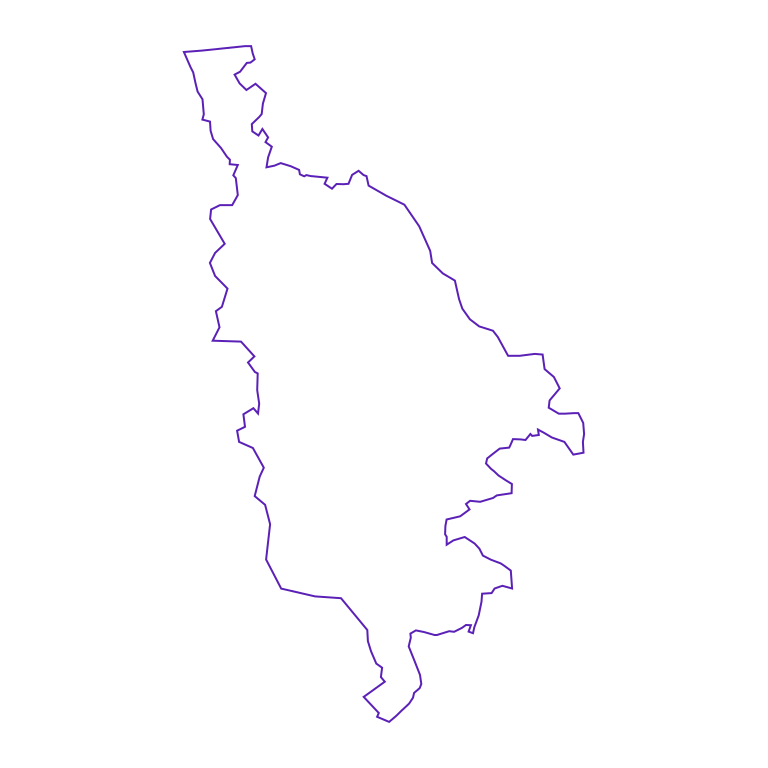 outline of Treis Elies, Limassol, Cyprus
{"feature_id": "46923920B17590057603740", "entity_name": "Treis Elies", "entity_type": "district", "adm_level": 2, "iso_a3": "CYP", "parent_name": "Cyprus", "parent_adm1": "Limassol", "projection": "equal_earth", "projection_center": [32.797, 34.933], "detail": "fine", "context": "isolated", "style": "outline", "palette": "violet", "viewbox_px": 768, "rotation_deg": 0, "n_neighbors": 0, "source": "geoboundaries", "source_scale": "gbopen_adm2", "svg_char_len": 2759}
<svg xmlns="http://www.w3.org/2000/svg" viewBox="0 0 768 768"><path d="M183.9,52.0L190.5,67.1L193.2,72.4L195.5,83.1L197.6,91.6L202.5,99.3L203.8,114.3L202.4,119.6L210.0,121.6L210.6,130.8L213.1,139.1L221.0,148.0L226.9,156.7L229.9,159.7L229.7,164.2L237.8,165.0L233.3,175.3L235.8,178.1L237.8,195.1L232.2,205.1L225.9,205.1L220.0,205.1L211.1,209.5L210.1,219.0L224.7,243.8L215.1,252.9L209.9,262.9L215.1,276.0L227.5,288.6L221.9,306.8L215.9,311.2L219.5,327.3L212.7,340.7L241.0,341.6L254.4,356.4L248.0,362.5L254.9,372.0L257.7,373.4L257.2,390.1L259.2,403.7L258.0,413.5L253.4,408.2L243.4,414.3L245.0,426.8L237.1,430.7L239.1,441.9L252.9,448.0L263.8,467.7L259.7,476.6L254.7,496.1L265.1,504.8L270.1,524.2L266.1,559.5L281.2,588.6L315.1,596.4L341.0,598.2L367.3,630.0L367.9,641.2L371.0,651.2L376.3,663.6L382.1,667.7L380.9,677.1L384.8,681.7L363.7,696.9L378.8,713.0L377.1,716.8L389.1,721.9L396.2,715.9L401.7,710.5L403.8,708.6L409.1,703.6L413.0,697.7L414.1,692.9L419.7,688.1L421.3,684.0L420.0,674.9L414.4,660.6L408.7,646.4L410.8,637.7L410.4,633.6L415.9,630.4L423.9,632.0L434.5,635.0L436.9,635.0L449.2,631.2L454.1,631.8L461.9,627.9L466.0,625.0L470.9,625.2L468.6,631.6L473.0,633.2L474.3,627.3L478.7,615.4L481.5,601.7L482.1,593.7L491.6,593.1L494.6,588.5L502.4,585.8L512.1,588.5L510.8,570.6L504.3,565.8L500.9,563.5L490.9,559.7L482.9,555.6L479.4,548.7L474.6,543.5L464.7,537.0L453.4,540.4L446.7,544.7L446.7,536.8L445.1,534.3L445.4,526.0L446.6,519.5L460.2,516.3L469.5,509.4L466.0,504.0L470.1,500.8L480.2,501.8L493.0,498.0L496.8,495.4L511.6,493.2L511.9,484.0L506.3,480.6L498.5,475.5L493.9,471.1L491.0,468.8L486.0,463.5L487.2,458.4L492.7,454.0L499.7,448.6L509.2,447.6L510.4,445.1L513.0,439.1L520.6,439.4L525.5,440.0L530.4,434.0L532.2,435.9L538.8,435.0L538.0,429.6L543.8,432.7L551.9,437.5L564.4,441.9L573.3,454.6L583.5,452.7L583.4,450.7L582.9,441.9L584.1,434.0L583.2,422.9L578.3,413.1L574.5,413.1L564.6,413.7L558.8,413.7L548.7,407.7L549.6,400.4L559.7,388.4L553.9,377.0L544.6,369.1L542.6,354.5L541.9,354.5L534.8,353.9L519.7,355.8L508.1,355.8L497.8,337.0L492.9,330.7L479.2,326.4L469.9,319.3L462.3,308.6L459.0,298.9L454.9,280.6L442.8,273.4L432.1,263.0L430.2,250.9L419.2,226.3L404.4,204.7L386.4,195.8L368.6,185.6L366.5,176.1L363.6,175.1L358.6,170.8L352.1,174.9L348.5,183.8L343.5,184.2L336.5,184.0L332.0,188.7L324.6,183.8L327.4,177.7L313.3,176.3L310.9,176.1L306.4,175.1L304.2,176.3L299.9,174.3L299.1,169.9L290.7,166.2L280.7,163.1L274.3,165.7L266.5,167.3L268.1,157.4L271.8,146.7L265.5,142.1L268.1,137.4L262.4,129.0L258.5,135.5L252.3,131.4L251.8,124.1L259.2,117.0L261.7,114.0L262.9,103.6L266.0,93.1L255.5,83.8L246.4,90.0L239.6,83.4L234.6,74.6L240.1,71.7L246.8,62.9L250.4,62.6L254.7,59.3L252.7,53.4L251.1,46.1L245.4,46.1L201.9,50.6L183.9,52.0Z" fill="none" stroke="#5b21b6" stroke-width="2"/></svg>